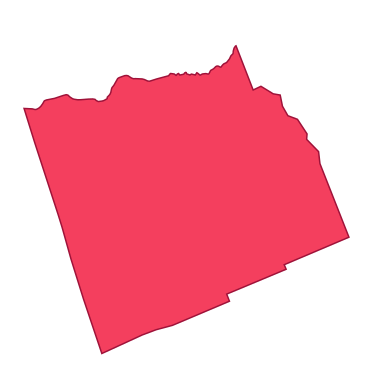 Clinton, New York, United States of America, rotated 254°
{"feature_id": "52423323B88569310946047", "entity_name": "Clinton", "entity_type": "district", "adm_level": 2, "iso_a3": "USA", "parent_name": "United States of America", "parent_adm1": "New York", "projection": "natural_earth1", "projection_center": [-73.439, 44.72], "detail": "fine", "context": "isolated", "style": "filled", "palette": "rose", "viewbox_px": 384, "rotation_deg": 254, "n_neighbors": 0, "source": "geoboundaries", "source_scale": "gbopen_adm2", "svg_char_len": 1701}
<svg xmlns="http://www.w3.org/2000/svg" viewBox="0 0 384 384"><g transform="rotate(254 192 192)"><path d="M105.3,330.4L184.0,322.8L195.9,324.8L211.0,316.7L216.1,318.6L232.8,313.4L238.9,305.2L249.5,302.6L260.9,303.5L264.0,297.1L274.6,287.4L273.2,278.9L320.4,274.6L320.3,274.0L318.7,272.1L316.1,270.5L314.1,269.8L313.5,269.3L312.3,267.1L311.8,266.6L309.6,264.7L306.9,260.9L306.4,257.8L305.6,256.3L304.1,254.3L304.2,253.7L305.6,252.2L306.0,251.4L306.2,250.6L306.0,249.4L304.5,246.7L303.7,243.4L301.1,241.0L300.9,240.5L301.0,239.9L302.0,238.0L302.3,236.4L302.6,234.4L302.1,232.3L302.2,231.9L304.9,230.0L305.3,229.5L303.6,227.4L305.5,224.0L305.5,223.6L305.2,222.9L305.1,222.2L307.0,219.5L307.4,219.4L308.3,219.4L308.7,219.0L308.5,217.8L307.5,216.5L307.8,212.6L308.1,212.3L309.6,211.8L309.5,210.5L308.7,209.3L308.5,208.8L310.3,207.5L311.8,204.2L311.8,203.8L310.2,201.5L310.4,189.4L310.2,181.7L310.9,180.0L313.2,177.3L314.4,175.3L316.5,169.1L317.1,166.8L318.2,165.3L321.4,162.5L322.1,161.0L322.4,159.3L322.1,154.4L321.9,152.9L321.5,151.8L316.0,146.2L314.7,144.3L314.2,143.7L313.0,142.9L310.1,141.4L308.6,140.1L308.0,139.3L306.5,136.7L305.2,136.2L305.0,135.9L304.2,132.5L304.2,130.7L304.8,126.8L306.4,125.1L307.8,124.3L308.8,122.2L309.8,118.2L311.4,110.4L312.1,107.7L313.0,105.7L313.7,104.2L314.6,102.9L316.8,101.0L318.7,99.8L319.4,99.4L320.2,97.9L320.3,94.9L319.9,85.7L320.6,77.5L320.4,75.5L320.2,75.0L318.0,72.8L315.9,70.1L314.9,68.0L314.5,66.4L314.3,64.8L314.7,63.5L315.9,61.5L318.6,53.6L283.2,54.4L207.2,57.1L193.8,57.4L160.9,57.2L119.0,58.2L61.6,60.8L68.3,104.7L69.5,119.6L69.2,136.4L76.7,197.9L84.3,197.2L91.8,261.2L96.7,260.6L105.3,330.4Z" fill="#f43f5e" stroke="#9f1239" stroke-width="1.5"/></g></svg>